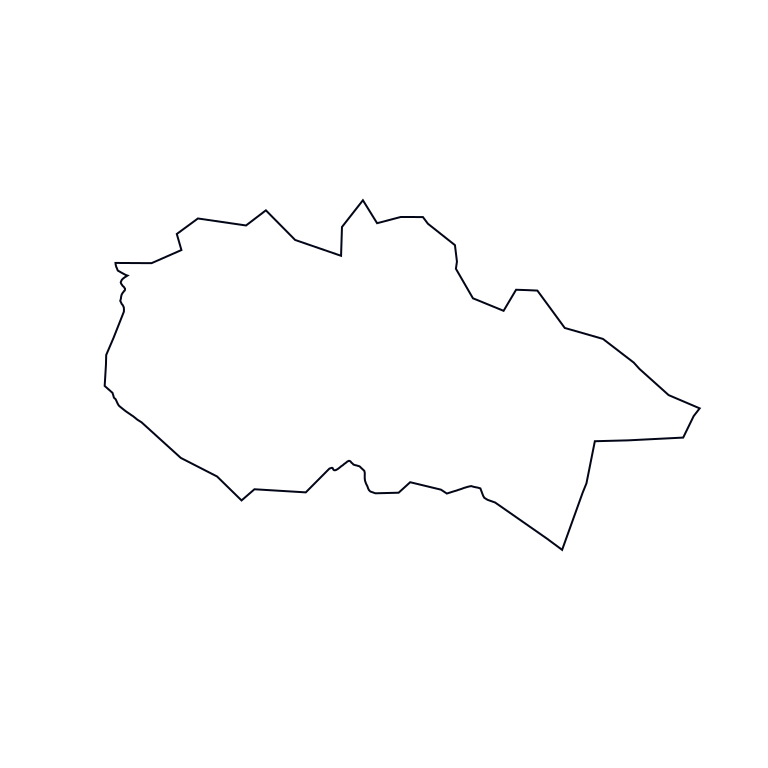 Xangai, Arhangay, Mongolia, rotated 26°
{"feature_id": "93677404B76368798827689", "entity_name": "Xangai", "entity_type": "district", "adm_level": 2, "iso_a3": "MNG", "parent_name": "Mongolia", "parent_adm1": "Arhangay", "projection": "equal_earth", "projection_center": [99.272, 47.755], "detail": "fine", "context": "isolated", "style": "outline", "palette": "ink", "viewbox_px": 768, "rotation_deg": 26, "n_neighbors": 0, "source": "geoboundaries", "source_scale": "gbopen_adm2", "svg_char_len": 2412}
<svg xmlns="http://www.w3.org/2000/svg" viewBox="0 0 768 768"><g transform="rotate(26 384 384)"><path d="M89.6,392.9L90.6,394.5L92.1,396.2L93.6,397.4L94.4,398.3L95.6,398.9L96.5,398.8L98.7,399.0L103.0,399.2L104.5,399.2L105.9,399.0L104.3,401.6L103.3,403.5L102.7,405.3L102.7,407.1L102.8,408.0L103.4,408.7L103.9,409.1L104.7,409.6L105.0,409.7L106.1,410.4L107.5,410.7L108.6,411.4L109.4,411.8L109.8,412.6L110.0,413.7L109.6,414.4L109.5,415.3L109.2,416.5L109.0,418.5L109.4,420.5L110.0,422.4L110.3,423.5L110.5,424.9L113.3,427.1L114.4,427.5L115.5,428.3L116.7,429.4L117.6,431.0L118.5,433.0L120.7,461.3L121.6,479.7L125.7,488.7L133.8,508.2L143.9,511.0L144.8,512.0L145.8,513.0L146.7,514.1L147.2,514.6L148.1,515.0L148.7,515.1L149.0,515.1L149.4,515.3L150.8,516.4L152.7,518.0L153.8,518.8L155.0,519.6L156.3,520.0L158.9,520.6L162.4,521.4L165.1,521.9L167.3,522.2L170.0,522.6L170.3,522.7L172.3,522.9L174.6,523.4L178.0,524.2L182.8,524.7L233.7,539.5L274.5,540.3L307.0,551.1L313.7,535.4L361.2,515.7L372.0,484.0L373.6,482.4L374.1,482.1L374.7,482.1L375.3,482.6L376.0,483.1L376.4,483.3L376.7,483.3L377.1,483.3L377.8,483.0L378.6,482.3L379.7,480.7L380.8,478.5L381.7,476.5L382.6,475.0L383.3,473.3L384.3,471.5L385.0,469.8L385.6,469.1L386.2,468.4L387.1,468.2L387.9,468.3L389.3,469.0L390.4,469.2L391.9,469.8L392.8,469.7L394.0,469.5L395.1,469.2L395.9,469.1L396.5,469.0L397.5,468.8L398.5,468.8L400.2,469.4L403.1,470.3L404.2,470.6L404.8,471.2L405.6,472.2L406.2,473.4L406.8,474.7L408.0,477.2L409.4,479.3L411.1,481.0L412.4,482.1L413.9,483.2L415.7,485.0L417.1,486.0L418.5,486.5L419.0,486.6L424.2,486.0L444.8,475.3L450.6,460.8L481.5,454.0L488.5,454.9L494.5,449.2L494.9,448.9L496.6,447.3L496.9,446.9L498.4,445.5L500.1,443.8L501.5,442.3L502.4,441.5L503.5,440.5L504.1,439.9L505.3,438.9L507.2,437.5L509.7,437.1L513.9,436.0L516.4,435.6L522.1,441.0L524.0,442.3L527.9,442.7L535.8,441.8L599.8,451.8L600.1,451.9L616.8,455.0L610.2,394.7L609.5,384.5L598.6,343.0L628.0,327.7L676.4,301.0L676.4,277.1L678.4,267.5L644.7,269.2L607.1,258.5L598.9,255.2L598.7,255.2L561.0,247.5L521.9,254.4L502.6,244.2L480.9,232.8L472.6,236.4L469.2,237.9L461.4,241.4L459.4,265.8L431.8,267.6L431.6,267.6L426.4,268.0L398.1,248.9L395.9,242.0L386.9,228.1L353.2,220.7L345.8,216.9L325.9,226.5L307.3,242.5L284.5,228.1L277.4,261.3L289.2,287.6L241.0,293.5L201.7,279.7L190.5,302.0L144.2,316.8L132.0,340.0L143.2,352.4L122.1,377.3L89.6,392.9Z" fill="none" stroke="#020617" stroke-width="2"/></g></svg>